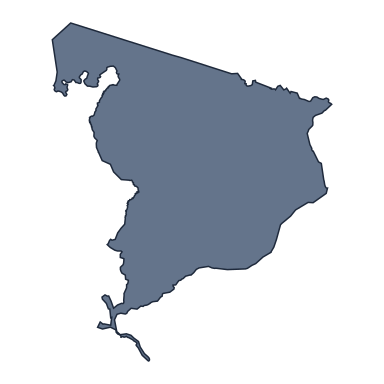 Lizuma pag., Gulbene, Latvia (Albers equal-area conic projection)
{"feature_id": "27541924B17941209046703", "entity_name": "Lizuma pag.", "entity_type": "district", "adm_level": 2, "iso_a3": "LVA", "parent_name": "Latvia", "parent_adm1": "Gulbene", "projection": "albers", "projection_center": [26.315, 57.198], "detail": "fine", "context": "isolated", "style": "filled", "palette": "slate", "viewbox_px": 384, "rotation_deg": 0, "n_neighbors": 0, "source": "geoboundaries", "source_scale": "gbopen_adm2", "svg_char_len": 5804}
<svg xmlns="http://www.w3.org/2000/svg" viewBox="0 0 384 384"><path d="M327.5,188.1L326.8,188.2L325.9,187.6L325.2,186.3L324.7,184.7L324.1,181.0L323.8,180.2L321.3,163.4L318.5,161.9L313.2,151.1L312.6,151.1L311.8,149.7L311.6,149.0L311.8,148.4L309.9,144.6L307.2,133.4L308.5,130.5L308.6,129.6L312.3,125.9L312.8,125.1L312.9,122.1L312.6,121.0L312.7,119.2L313.2,117.3L315.5,115.4L322.0,113.1L324.5,110.5L325.4,110.3L331.7,104.3L330.6,103.3L329.3,102.8L328.5,102.0L328.4,101.7L328.8,100.0L328.2,99.0L326.2,98.1L323.5,99.4L322.3,99.3L319.0,98.4L316.9,97.0L314.7,96.8L312.8,97.7L310.8,100.9L309.9,101.4L308.8,101.4L304.4,99.5L301.4,99.0L300.2,98.3L299.5,98.4L297.2,93.1L291.0,91.5L290.1,93.2L286.6,88.2L286.1,88.8L283.8,89.9L280.2,85.4L277.8,86.3L275.6,89.7L275.4,89.3L274.1,88.9L271.7,89.2L270.4,88.5L271.0,88.1L255.8,82.2L255.4,80.4L252.8,80.9L252.3,84.6L250.8,85.6L247.7,86.2L246.6,85.7L246.1,84.9L246.1,83.7L244.8,83.6L245.2,81.2L244.4,80.3L243.3,79.7L241.4,79.4L241.5,78.9L237.6,73.4L231.6,73.8L181.1,57.6L171.9,55.0L70.7,23.0L52.3,39.7L57.2,72.1L55.9,80.9L54.0,85.3L53.7,85.5L54.1,85.8L54.8,87.5L54.8,88.3L54.2,89.2L54.3,89.8L54.7,90.7L56.2,91.7L56.7,91.7L57.7,91.1L58.8,91.1L61.1,91.9L62.6,93.0L63.7,95.0L64.6,96.0L65.9,96.0L66.9,94.5L65.6,92.1L66.1,91.3L67.3,90.8L67.7,89.9L67.8,89.5L67.1,87.8L67.1,86.9L67.7,84.9L67.0,84.2L65.8,83.9L65.7,84.3L65.3,84.6L63.9,84.5L62.2,82.7L61.9,81.7L61.9,81.2L63.4,80.2L64.1,80.1L64.7,80.5L66.0,82.0L68.1,82.6L71.1,81.8L72.3,79.8L72.8,79.6L74.2,80.1L75.9,82.5L77.0,82.5L79.2,83.4L80.4,83.3L80.8,82.8L81.1,82.0L81.1,79.5L79.4,77.8L79.3,77.0L80.7,74.9L82.2,74.0L83.1,72.1L83.9,71.3L84.8,71.0L86.5,71.5L88.2,73.0L88.4,73.5L87.5,75.8L86.7,78.3L85.2,79.2L84.0,80.6L83.8,81.0L84.0,81.6L85.0,83.8L87.4,86.1L89.8,86.2L92.9,87.0L96.6,86.7L97.6,86.1L98.0,85.1L97.3,83.9L98.1,82.2L98.5,81.9L98.6,81.0L97.6,79.5L97.7,78.1L99.8,77.6L100.3,77.2L100.6,76.6L99.8,75.5L99.8,74.8L106.3,70.4L106.8,69.4L106.8,67.7L107.3,67.2L110.3,66.3L113.4,66.1L115.3,67.6L117.0,71.0L116.4,72.4L116.7,73.3L117.3,74.0L118.8,74.1L118.1,75.8L118.1,76.3L118.5,77.4L119.6,79.1L119.7,79.6L119.6,80.4L117.0,84.4L116.8,85.3L114.6,85.2L113.3,84.7L113.0,85.0L112.2,84.7L111.8,85.1L110.0,85.3L109.0,86.2L109.0,86.5L108.6,86.6L108.5,87.1L108.0,87.2L107.9,88.0L107.4,88.0L105.7,90.0L105.7,90.6L104.2,91.2L104.4,91.5L104.0,91.7L104.0,92.1L103.7,92.1L103.8,92.4L103.7,93.2L103.3,93.2L103.3,93.8L102.9,93.7L103.0,94.1L102.8,94.1L102.7,94.9L102.4,94.9L102.4,95.4L102.1,95.6L102.3,96.2L102.1,96.8L101.2,97.8L99.5,100.6L99.4,102.3L97.4,103.1L97.4,103.6L97.8,105.0L97.6,105.1L97.9,105.7L95.9,109.0L96.0,110.5L94.9,112.0L94.2,114.9L92.5,116.3L91.7,116.1L90.2,116.8L90.2,117.4L89.5,117.8L89.7,118.7L89.3,120.1L89.5,121.3L89.6,121.9L90.0,121.7L90.0,122.6L90.4,122.7L90.4,123.7L91.1,124.3L91.0,124.8L91.4,125.2L91.5,126.8L92.0,127.0L91.9,127.7L92.3,129.7L94.1,132.4L93.9,136.1L94.0,136.5L94.7,137.9L97.3,140.5L96.5,142.3L96.3,143.7L96.5,147.5L98.2,151.4L98.3,152.2L98.5,152.2L102.2,160.6L110.4,164.3L113.6,171.9L121.3,179.6L129.4,180.2L129.9,180.5L131.7,180.2L132.4,181.3L132.4,181.9L133.4,182.7L133.5,183.1L133.2,183.7L133.5,184.5L134.4,184.8L134.4,185.4L134.6,185.8L134.9,186.1L136.3,186.3L137.8,187.6L138.0,188.1L138.3,190.8L138.7,191.1L138.7,191.7L138.2,191.4L138.1,191.8L137.6,191.8L138.0,192.2L137.9,192.6L137.4,192.5L137.3,192.9L136.8,193.0L136.7,193.3L136.2,193.5L136.2,193.1L135.3,193.7L135.6,194.2L134.2,196.2L134.2,196.5L133.8,197.3L133.1,197.7L133.2,198.2L132.9,198.5L132.2,198.2L132.1,198.4L132.3,198.6L131.0,199.6L129.8,199.6L129.7,200.3L129.0,200.9L128.6,200.8L128.6,201.2L128.0,201.4L128.2,202.1L127.7,202.4L128.0,202.9L127.6,203.2L127.9,203.3L127.7,203.9L128.0,204.3L127.8,204.4L127.9,204.6L127.6,205.3L127.2,205.6L127.7,206.8L126.9,209.7L125.9,210.5L126.2,211.0L125.9,211.3L126.3,211.7L126.0,213.4L126.3,214.5L125.4,215.9L125.7,216.1L125.1,217.3L125.3,218.5L124.7,224.2L121.1,228.2L117.7,232.9L115.2,239.4L112.0,240.2L110.7,239.3L109.6,240.4L108.2,243.7L107.2,244.6L110.3,247.5L114.8,250.2L117.6,251.0L121.0,251.0L122.0,251.9L120.3,254.3L120.3,257.5L123.8,258.6L123.9,260.0L123.6,263.0L123.2,264.6L120.4,267.3L120.4,269.6L120.9,271.1L121.9,273.1L125.3,275.1L125.6,279.2L128.3,280.3L128.1,282.3L127.6,283.9L126.6,284.6L126.6,287.8L124.0,293.6L124.1,295.1L123.7,300.4L123.9,301.7L123.7,302.9L123.0,303.6L121.6,303.3L117.5,305.0L113.6,308.2L111.0,301.0L108.7,296.0L107.3,296.1L105.0,294.9L102.0,297.1L102.4,299.1L106.4,303.5L108.4,308.9L109.8,309.1L110.7,317.8L111.7,317.4L110.7,325.2L103.9,323.9L103.1,324.2L100.2,322.0L97.6,327.3L102.5,329.0L110.4,327.2L115.5,329.7L115.9,330.2L116.2,332.3L116.8,333.0L117.9,334.1L119.5,334.7L120.5,335.5L121.0,336.5L120.9,337.9L121.3,336.5L121.9,336.8L123.1,336.6L124.0,337.2L125.6,336.8L126.2,336.3L127.7,337.4L128.7,337.6L132.9,339.9L133.5,340.7L135.9,342.1L136.9,343.0L136.8,343.9L136.2,344.7L136.2,345.4L138.2,347.8L142.2,355.3L148.0,360.7L148.7,361.0L149.1,360.7L149.5,359.9L149.4,358.9L148.9,357.8L147.8,356.6L144.4,353.6L140.2,347.0L138.5,341.5L133.9,338.1L131.0,335.3L126.4,333.8L120.2,334.7L116.8,331.6L114.5,319.8L117.0,314.3L120.8,313.2L125.3,314.0L126.7,313.4L127.7,311.4L131.1,308.3L137.1,309.1L140.8,306.1L143.2,306.4L144.1,305.5L146.8,305.1L148.0,304.6L150.2,303.3L150.3,302.9L152.7,301.7L157.5,301.1L160.6,297.1L162.1,296.3L162.5,293.9L163.2,293.4L169.8,292.2L173.9,289.1L174.2,287.6L173.2,286.4L173.0,285.1L175.7,284.9L178.8,280.6L180.8,280.2L181.5,279.3L183.2,278.5L185.6,276.2L190.0,275.0L191.0,275.1L193.7,272.7L196.3,269.4L199.1,267.9L208.5,266.4L212.0,267.9L214.8,268.4L215.7,268.2L227.4,269.6L245.5,268.9L247.5,268.3L252.0,265.3L255.7,263.6L263.0,257.0L271.0,252.3L270.9,252.1L273.8,247.2L276.4,239.6L280.5,224.8L281.7,223.5L290.6,216.1L295.6,209.9L308.1,202.4L313.1,202.7L326.2,193.4L327.5,188.1Z" fill="#64748b" stroke="#1e293b" stroke-width="1.5"/></svg>